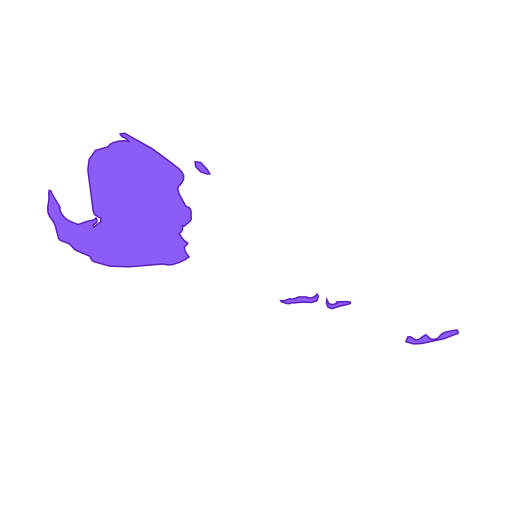 an SVG outline of Isla de la Juventud, rotated 22°
{"feature_id": "CUB-1320", "entity_name": "Isla de la Juventud", "entity_type": "Special Municipality", "adm_level": 1, "iso_a3": "CUB", "parent_name": "Cuba", "parent_adm1": "", "projection": "orthographic", "projection_center": [-82.43, 21.696], "detail": "fine", "context": "isolated", "style": "filled", "palette": "violet", "viewbox_px": 512, "rotation_deg": 22, "n_neighbors": 0, "source": "natural_earth", "source_scale": "10m", "svg_char_len": 2162}
<svg xmlns="http://www.w3.org/2000/svg" viewBox="0 0 512 512"><g transform="rotate(22 256 256)"><path d="M187.8,271.3L186.1,274.3L188.0,277.6L191.5,280.3L194.3,281.8L191.9,285.7L187.0,290.9L181.5,295.5L177.2,297.4L172.7,298.3L142.3,313.6L124.2,320.2L107.3,322.0L104.5,320.9L102.4,318.5L86.8,318.2L84.5,317.4L79.9,315.3L77.1,314.6L68.6,314.8L66.4,313.7L58.7,303.3L55.8,300.6L49.1,296.1L46.6,293.2L44.5,288.3L42.9,281.3L40.2,275.0L39.7,272.4L41.3,272.5L43.9,275.1L55.8,283.9L57.4,287.5L61.1,290.6L65.7,292.7L69.6,293.5L79.5,293.5L80.3,292.5L86.9,286.8L90.7,284.3L92.5,282.6L93.3,280.6L94.0,280.9L95.3,282.4L95.5,285.0L93.3,288.5L94.9,290.1L99.2,282.2L98.0,279.2L90.9,278.1L88.2,275.3L67.9,239.3L65.1,229.1L67.6,218.2L77.7,210.3L79.0,207.0L81.1,204.3L85.8,200.9L91.3,198.2L95.2,197.4L92.6,196.1L90.0,195.6L87.3,195.6L84.4,194.1L84.3,193.6L85.8,193.1L88.0,191.4L118.9,195.3L138.2,200.1L151.5,203.9L155.7,205.8L158.9,208.6L160.2,212.6L159.4,217.3L158.1,220.4L158.3,223.3L161.8,227.5L172.4,236.2L175.6,236.1L178.0,237.3L179.6,240.1L180.8,243.3L182.0,245.7L182.1,247.6L180.8,250.6L178.1,255.4L176.3,255.4L177.6,257.6L178.0,259.8L177.5,262.0L176.3,264.1L181.7,267.6L184.5,268.9L187.8,269.4L187.8,271.3ZM471.6,252.9L470.6,253.5L461.0,262.5L442.2,275.2L434.9,278.5L427.1,279.3L427.0,274.3L429.2,273.0L435.9,274.0L438.5,272.1L440.7,268.3L442.9,265.4L445.6,266.2L448.8,267.6L452.2,266.7L455.0,264.6L456.1,262.5L457.6,258.2L461.0,255.0L468.4,250.2L470.3,249.4L471.8,250.5L472.3,252.0L471.6,252.9ZM327.2,268.3L329.0,270.3L329.2,274.8L325.1,278.2L315.7,281.7L308.8,285.3L307.2,285.7L306.0,286.5L305.1,287.6L301.8,288.7L296.6,288.9L295.6,288.1L298.5,287.1L303.2,283.1L305.8,282.3L308.0,280.9L309.8,279.0L311.2,277.8L318.0,275.1L320.8,275.0L323.5,273.7L325.6,271.6L326.5,269.8L326.8,268.6L327.2,268.3ZM357.7,264.1L360.9,263.5L361.2,264.8L357.7,267.6L353.5,270.3L346.1,276.4L342.0,276.5L338.8,273.2L338.0,269.7L338.6,270.2L341.2,272.9L345.1,272.5L348.3,269.9L349.2,268.4L348.3,268.3L349.0,267.8L356.1,264.7L357.7,264.1ZM169.6,190.0L178.5,194.1L182.4,197.2L179.6,198.4L173.2,198.7L166.6,195.8L164.2,191.4L169.6,190.0Z" fill="#8b5cf6" stroke="#5b21b6" stroke-width="1.5"/></g></svg>